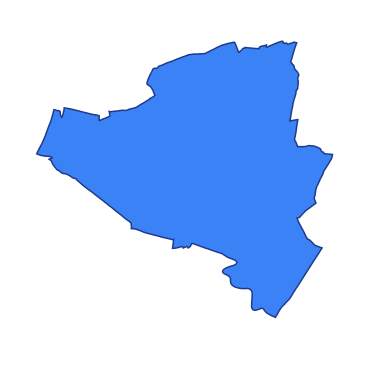 outline of Tam Binh, Vĩnh Long, Vietnam, rotated 79°
{"feature_id": "81297802B334334492772", "entity_name": "Tam Binh", "entity_type": "district", "adm_level": 2, "iso_a3": "VNM", "parent_name": "Vietnam", "parent_adm1": "Vĩnh Long", "projection": "natural_earth1", "projection_center": [105.942, 10.065], "detail": "fine", "context": "isolated", "style": "filled", "palette": "blue", "viewbox_px": 384, "rotation_deg": 79, "n_neighbors": 0, "source": "geoboundaries", "source_scale": "gbopen_adm2", "svg_char_len": 5804}
<svg xmlns="http://www.w3.org/2000/svg" viewBox="0 0 384 384"><g transform="rotate(79 192 192)"><path d="M84.8,311.7L86.9,312.8L88.4,313.4L89.9,314.2L92.0,315.2L92.7,315.6L94.2,316.4L95.8,317.2L97.7,318.5L101.1,320.7L104.7,322.8L106.4,323.9L108.7,325.2L109.8,326.0L110.9,326.6L114.2,328.9L116.0,330.2L119.4,333.0L123.2,336.0L124.9,337.1L126.2,335.1L127.1,333.6L127.4,332.8L128.4,330.4L129.9,325.2L130.0,324.6L130.4,324.1L131.8,322.8L132.3,325.0L132.4,325.8L132.6,326.1L134.2,324.4L134.5,324.2L137.6,323.5L138.9,323.0L140.6,322.3L142.5,321.2L143.9,320.6L144.8,319.7L145.4,319.0L146.1,318.1L147.1,317.3L148.0,316.8L148.6,316.1L149.0,315.5L149.8,313.3L150.2,312.2L152.7,308.9L153.9,307.8L155.8,305.8L156.1,305.2L156.4,304.0L156.8,303.5L157.2,303.3L157.5,303.2L158.4,302.7L162.1,299.7L164.5,297.9L169.4,293.6L173.3,289.9L178.0,285.9L185.3,279.5L190.1,275.5L191.5,274.1L196.5,270.1L199.3,267.5L200.1,266.9L201.4,265.7L203.0,264.5L205.9,262.1L208.9,259.2L210.3,258.0L210.8,257.9L214.5,258.0L215.2,258.1L216.3,258.7L216.5,258.6L216.6,257.4L217.0,256.0L217.8,254.2L219.1,251.9L219.7,251.0L220.3,249.8L222.4,246.8L223.1,245.3L224.1,243.5L224.7,242.1L226.5,238.4L229.8,231.5L230.5,230.3L232.1,226.7L234.1,222.2L234.8,220.8L235.0,220.4L235.0,219.8L234.9,219.1L238.6,220.1L239.7,220.6L243.6,221.9L244.0,218.6L243.8,214.4L243.6,212.9L243.5,212.1L243.7,211.9L244.0,211.7L244.9,211.4L245.3,211.3L245.2,210.9L244.6,208.1L244.6,207.5L244.9,206.9L245.2,206.7L245.7,206.5L246.1,206.5L245.9,205.6L245.6,204.8L244.7,203.7L242.8,202.2L242.4,201.7L243.6,199.6L246.7,194.4L249.7,189.4L250.8,187.2L253.0,183.6L255.0,180.1L256.5,177.5L257.5,175.4L258.3,174.2L259.1,173.4L262.6,169.8L263.9,167.9L264.6,166.7L267.0,163.0L267.4,162.5L268.6,161.6L269.0,161.5L269.8,161.5L270.1,161.6L270.7,162.0L271.2,162.6L271.9,164.6L272.4,169.7L273.2,173.5L274.0,175.6L274.7,176.4L275.2,176.8L275.8,177.1L276.5,177.1L277.4,176.8L278.2,176.1L279.0,175.2L280.1,173.6L281.6,171.9L282.9,171.1L283.6,170.9L284.3,170.8L286.6,171.2L287.9,171.3L288.9,171.2L290.3,170.9L291.4,170.1L293.3,168.2L294.1,166.8L295.5,163.8L296.1,162.1L296.6,160.3L297.4,155.6L297.8,154.6L298.1,154.2L298.9,153.3L299.5,152.8L300.4,152.4L301.3,152.2L303.2,152.3L307.2,153.2L311.5,154.4L314.5,155.1L316.3,155.4L317.5,155.3L319.0,154.8L319.5,154.1L320.0,153.1L320.2,152.1L320.1,150.3L319.4,146.0L319.5,145.6L319.7,145.0L320.0,144.6L320.7,144.0L322.1,143.5L323.9,142.5L324.9,141.7L325.8,140.8L328.2,138.0L329.2,136.6L330.0,135.2L331.0,134.1L330.5,133.7L329.2,132.4L326.8,130.4L325.3,129.2L322.3,126.2L321.2,124.8L319.8,122.5L318.7,121.3L315.9,117.2L314.2,115.3L310.6,112.1L306.6,108.3L303.6,105.3L299.2,101.2L282.8,85.6L277.7,80.6L271.7,75.0L270.4,77.3L268.7,80.1L267.3,81.9L265.1,83.3L263.3,84.4L262.7,84.9L261.3,86.0L260.7,86.8L260.2,87.7L258.7,88.1L257.1,88.7L252.3,89.9L244.3,92.4L242.8,92.8L240.5,93.4L237.7,93.9L237.5,91.3L234.8,87.9L231.8,83.6L229.4,78.2L228.9,77.4L226.6,72.5L225.2,72.6L223.8,73.0L222.6,73.2L221.4,73.2L220.6,72.9L220.0,72.5L217.5,71.4L215.4,70.8L214.1,70.3L212.5,69.6L211.1,68.8L209.6,67.9L208.2,66.7L203.6,63.5L199.4,60.1L197.1,58.9L195.0,57.1L192.4,54.6L190.5,52.7L189.5,51.9L187.1,49.7L185.4,48.4L184.0,47.7L181.9,46.9L180.1,53.4L179.6,55.0L179.3,55.2L178.3,55.2L178.0,55.4L177.4,56.6L176.6,57.1L176.1,57.4L174.5,57.5L174.3,57.7L173.9,58.2L173.4,58.4L173.1,59.0L172.4,59.8L171.9,60.4L171.3,61.7L170.6,62.6L170.1,63.7L169.2,66.8L168.7,68.3L168.9,71.1L168.9,73.1L167.8,78.5L167.5,79.8L166.1,79.9L162.4,80.6L161.3,81.1L160.5,81.3L159.6,81.3L159.2,81.1L157.3,80.2L153.2,78.6L145.8,76.1L142.3,74.7L141.1,74.3L141.0,77.0L140.9,80.8L140.9,82.4L140.0,82.0L137.6,81.0L131.6,78.8L127.3,77.0L124.1,75.8L120.9,74.3L116.0,71.6L114.6,71.1L112.1,70.3L111.6,69.3L110.8,68.7L105.2,66.9L103.7,66.6L101.0,66.6L100.1,66.4L98.4,65.2L97.8,64.9L96.9,64.9L95.9,65.1L94.6,65.5L94.0,65.8L91.3,67.5L90.7,67.7L89.9,67.8L88.2,67.9L86.8,68.1L86.1,68.9L86.0,69.0L85.1,69.2L83.2,70.1L82.7,70.2L81.1,69.2L79.5,68.3L73.2,65.2L68.2,62.4L65.6,60.7L64.3,63.3L64.9,65.6L64.9,67.5L65.3,69.5L65.2,69.7L65.1,70.0L64.8,70.2L64.2,70.5L63.9,70.8L63.7,71.2L63.7,72.4L63.5,73.7L63.4,73.9L61.5,74.0L61.3,74.3L61.2,74.7L61.3,76.6L61.6,79.0L62.3,82.6L63.1,86.1L63.3,87.6L64.1,90.7L64.1,91.3L64.0,91.5L63.8,91.6L63.4,91.6L61.9,90.9L62.1,92.7L62.2,96.5L62.3,97.1L62.5,97.6L63.0,98.3L63.7,98.7L64.2,98.9L63.3,101.8L63.1,102.8L60.9,110.4L60.2,112.4L60.7,112.8L60.9,113.2L60.7,114.4L60.8,114.8L61.4,115.2L62.4,116.5L63.8,119.3L63.8,119.6L59.5,120.3L53.7,121.4L53.3,121.6L53.0,122.1L53.0,122.9L53.1,128.5L53.6,134.3L53.9,135.6L55.0,140.3L55.6,142.0L57.4,148.7L58.6,152.9L57.4,161.6L57.0,163.3L56.7,168.5L56.6,169.5L57.0,170.9L57.1,172.0L57.5,173.9L57.6,175.4L58.0,177.3L58.8,182.0L59.7,186.0L59.9,187.8L60.7,193.0L61.4,195.6L61.8,197.4L62.0,199.5L62.3,200.7L62.6,201.2L63.4,202.0L63.6,202.5L63.7,202.8L63.8,203.0L63.7,203.8L63.4,205.1L63.4,205.4L63.5,206.0L63.7,206.5L64.0,207.0L66.1,208.4L69.5,211.2L73.5,213.9L76.2,215.3L77.0,215.5L77.5,215.5L78.3,215.0L79.5,213.8L80.3,212.8L80.6,212.6L82.2,211.9L85.0,210.9L86.8,210.7L89.9,209.9L91.1,211.6L91.4,212.9L91.9,214.0L92.1,215.4L92.2,215.7L92.4,215.8L92.8,216.0L93.0,216.2L93.7,218.6L95.0,221.6L96.3,225.7L97.6,228.7L98.0,230.0L98.3,231.1L98.5,232.4L98.6,233.6L98.6,234.4L98.7,237.5L98.8,238.1L99.0,238.7L99.3,240.1L99.3,241.5L99.1,242.5L98.8,243.4L98.5,244.9L98.4,245.5L98.2,250.4L98.0,252.0L97.7,256.3L97.1,258.0L98.4,257.9L101.7,258.1L101.9,258.4L102.1,258.8L102.4,260.5L102.7,261.6L103.5,266.0L104.1,268.7L104.2,269.3L102.7,269.2L99.4,268.6L98.4,270.5L97.4,273.4L96.8,274.9L94.8,279.3L93.1,282.9L92.6,284.0L88.3,293.1L86.8,296.6L85.0,301.4L87.9,302.3L92.2,304.4L93.8,305.5L93.0,305.9L91.9,306.3L90.3,306.4L88.1,306.1L87.7,306.2L87.0,306.8L86.7,307.3L86.6,308.0L86.2,309.2L85.6,310.0L84.8,311.7Z" fill="#3b82f6" stroke="#1e3a8a" stroke-width="1.5"/></g></svg>